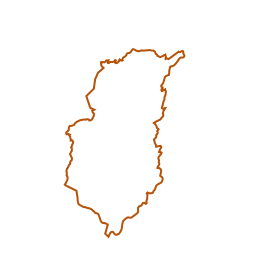 Buriti dos Montes, Piauí, Brazil (Equal Earth projection), rotated 42°
{"feature_id": "56859067B43813520190599", "entity_name": "Buriti dos Montes", "entity_type": "district", "adm_level": 2, "iso_a3": "BRA", "parent_name": "Brazil", "parent_adm1": "Piauí", "projection": "equal_earth", "projection_center": [-41.217, -5.12], "detail": "fine", "context": "isolated", "style": "outline", "palette": "amber", "viewbox_px": 256, "rotation_deg": 42, "n_neighbors": 0, "source": "geoboundaries", "source_scale": "gbopen_adm2", "svg_char_len": 4873}
<svg xmlns="http://www.w3.org/2000/svg" viewBox="0 0 256 256"><g transform="rotate(42 128 128)"><path d="M121.7,36.7L121.1,36.3L120.2,35.9L119.5,35.7L118.8,35.3L118.3,34.6L117.7,34.1L116.8,34.4L116.3,35.5L115.9,36.8L115.3,37.3L114.6,37.4L112.0,49.7L110.7,50.1L110.2,50.6L109.8,51.5L109.3,51.0L108.9,50.2L108.2,49.5L106.6,48.5L106.3,49.3L105.9,50.5L105.6,51.5L105.1,52.4L104.7,53.6L103.9,54.0L102.5,54.3L101.5,54.7L100.5,54.0L99.8,54.2L99.1,54.3L98.4,54.0L96.8,53.2L95.6,53.4L94.7,53.8L93.6,54.7L92.5,55.3L91.7,55.8L90.6,57.1L88.7,59.1L88.0,59.9L87.2,60.5L86.4,61.1L85.9,61.5L85.5,62.5L85.0,63.5L84.2,64.0L83.5,64.5L82.9,64.8L82.1,65.1L81.2,65.2L80.5,65.4L79.9,65.6L79.3,65.8L78.8,66.3L78.9,67.3L79.0,68.4L79.2,69.4L79.0,70.2L79.0,71.1L78.4,71.7L77.6,72.8L77.5,74.1L78.1,75.0L78.0,76.6L77.6,78.0L77.3,79.0L77.6,80.3L78.1,81.1L78.7,81.2L78.4,82.0L77.5,82.6L76.5,82.6L75.9,82.7L76.1,83.5L76.7,84.5L76.4,85.4L76.6,86.4L76.1,87.3L75.5,88.0L74.6,88.0L74.2,86.8L73.8,85.9L73.0,86.1L73.3,87.2L72.8,88.7L72.1,89.5L71.4,90.1L70.7,90.8L70.1,91.6L70.3,92.5L69.6,93.1L68.9,92.8L69.0,91.7L68.2,90.7L67.7,91.5L67.1,91.7L66.6,92.7L66.8,93.8L66.7,94.8L65.9,95.3L65.4,96.1L64.5,96.1L63.9,97.3L64.8,98.0L65.5,98.7L66.5,99.5L67.3,99.7L68.5,99.7L69.6,99.7L69.3,103.1L68.7,106.9L71.0,113.8L76.3,121.6L75.7,132.2L86.5,138.3L90.7,137.0L89.9,139.1L91.0,139.9L92.3,140.1L93.3,140.2L94.4,141.8L95.0,143.7L95.5,145.9L95.1,147.4L94.2,148.3L93.2,147.9L92.6,148.3L91.6,148.9L90.9,150.3L90.1,150.7L89.1,151.8L87.9,153.3L87.2,154.4L86.7,155.4L85.9,157.3L85.6,159.3L85.4,160.3L85.8,161.1L85.8,161.9L85.4,162.7L84.6,164.1L83.4,165.6L83.6,166.6L83.9,167.4L85.4,169.4L85.3,170.2L85.3,171.1L85.1,171.9L85.2,172.8L85.8,173.6L86.9,173.6L87.6,172.5L88.6,172.0L89.3,171.8L89.3,172.8L90.2,173.0L91.2,173.4L92.0,174.2L93.1,174.7L93.8,175.6L94.5,174.8L95.1,174.4L95.8,175.0L96.5,175.0L97.2,176.0L97.6,177.1L97.8,178.0L98.4,179.0L98.6,180.4L99.6,180.5L100.5,181.3L101.1,182.0L101.7,183.0L101.7,184.1L102.1,185.0L102.3,186.0L102.8,186.5L103.6,186.6L104.2,187.0L104.8,187.2L105.7,187.5L106.5,187.9L107.2,188.7L107.8,189.9L107.5,190.9L107.8,191.6L108.2,192.6L108.8,193.0L109.1,193.9L108.9,194.8L109.2,195.7L109.4,196.6L109.9,197.7L109.9,199.1L110.3,199.8L110.7,200.6L111.2,201.4L112.0,201.9L112.8,202.5L113.6,203.5L114.2,204.4L115.1,204.4L116.0,205.1L116.9,206.0L117.6,207.0L117.9,208.2L118.4,209.6L118.7,210.8L118.9,212.3L120.0,212.4L131.7,209.1L134.2,211.2L136.2,212.8L137.4,213.8L138.4,214.8L139.3,215.7L140.4,216.6L141.7,217.4L142.7,217.6L144.0,217.4L146.5,216.8L147.7,216.5L148.4,216.1L149.2,215.4L150.4,215.0L151.3,214.6L152.5,213.8L153.4,213.4L155.0,212.9L156.0,212.8L157.1,212.9L158.0,212.8L158.9,212.7L159.8,213.0L160.5,213.0L161.1,212.8L161.8,212.3L162.8,211.9L163.7,212.0L164.8,212.4L166.0,213.1L167.2,213.7L167.8,214.0L168.5,214.5L169.5,215.0L170.8,215.6L172.4,215.6L173.1,215.2L174.2,214.3L175.8,213.7L177.6,213.3L181.8,221.8L186.3,221.9L185.5,219.6L185.0,217.4L185.2,216.5L186.0,215.4L186.9,215.3L187.9,215.6L188.6,215.7L189.9,215.6L190.7,215.3L191.2,214.6L192.1,212.6L191.7,209.9L191.3,208.4L190.9,207.4L189.7,205.5L188.2,203.4L187.1,201.4L186.7,200.4L186.7,199.5L187.1,195.9L187.8,194.4L189.4,193.4L190.5,192.3L191.5,187.1L191.9,185.2L191.7,183.5L189.5,181.4L188.7,180.2L188.8,178.4L189.5,177.6L189.8,176.4L189.3,173.9L190.1,172.7L192.0,172.4L192.1,171.4L190.5,169.9L189.8,168.0L188.1,166.0L187.4,164.9L186.7,164.4L185.7,164.0L185.6,162.9L187.1,162.5L187.8,162.0L188.8,161.1L189.5,160.2L189.7,159.1L189.1,157.5L189.2,156.2L189.0,155.3L188.0,153.2L187.6,151.6L188.0,149.5L188.7,147.7L189.1,146.4L189.0,144.9L188.3,143.3L187.6,142.5L187.1,142.0L186.3,141.8L183.9,142.0L181.9,138.4L180.8,137.1L179.6,136.7L178.0,136.9L176.7,138.0L176.2,137.3L175.7,134.4L175.0,133.5L173.8,133.0L172.7,131.2L171.6,130.8L170.8,130.1L170.2,129.2L169.9,124.8L169.4,123.8L168.3,124.1L167.8,124.8L167.1,125.1L166.3,122.9L165.5,119.8L164.2,119.5L163.3,120.4L161.5,123.1L159.9,121.8L157.8,121.2L156.6,120.0L155.2,119.5L154.9,118.6L155.2,116.2L154.5,115.2L153.7,114.4L153.8,113.1L153.5,112.2L153.2,111.5L151.8,110.8L151.6,108.5L150.6,108.4L149.5,108.6L148.3,107.8L147.4,107.4L145.4,106.9L143.9,107.0L144.5,104.6L144.8,103.7L145.5,102.4L145.7,101.4L146.2,100.6L146.4,99.5L146.1,98.4L146.1,97.5L146.3,96.6L145.8,94.9L144.1,93.7L143.2,92.2L142.9,91.0L142.4,88.3L141.0,90.3L140.0,90.6L139.1,89.3L138.3,87.4L136.8,84.9L136.2,82.9L135.8,82.2L135.2,81.6L134.5,80.6L134.0,79.2L133.4,77.7L132.7,76.9L132.3,76.2L131.3,75.2L130.5,75.1L129.7,74.4L129.3,75.3L129.0,76.5L128.5,77.9L127.8,77.8L127.0,76.8L127.1,75.3L126.6,74.7L125.2,75.0L124.4,74.4L124.2,72.4L124.1,71.2L123.2,69.1L121.6,65.9L121.4,65.1L121.5,63.9L121.9,63.0L122.9,61.1L121.7,59.5L120.2,57.6L118.3,54.1L119.4,52.7L119.9,51.7L120.4,50.3L120.4,48.5L120.2,45.3L119.7,42.3L119.8,41.4L120.1,40.3L121.7,38.8L122.0,37.7L121.7,36.7Z" fill="none" stroke="#b45309" stroke-width="2"/></g></svg>